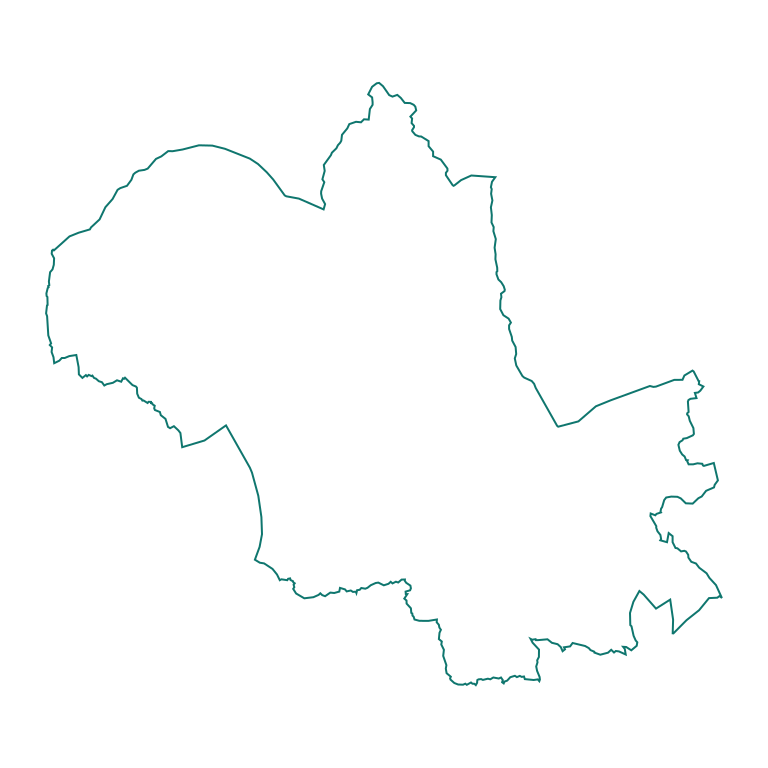 the district of Burera, Northern, Rwanda
{"feature_id": "39286606B41980105768775", "entity_name": "Burera", "entity_type": "district", "adm_level": 2, "iso_a3": "RWA", "parent_name": "Rwanda", "parent_adm1": "Northern", "projection": "albers", "projection_center": [29.857, -1.461], "detail": "fine", "context": "isolated", "style": "outline", "palette": "teal", "viewbox_px": 768, "rotation_deg": 0, "n_neighbors": 0, "source": "geoboundaries", "source_scale": "gbopen_adm2", "svg_char_len": 6069}
<svg xmlns="http://www.w3.org/2000/svg" viewBox="0 0 768 768"><path d="M615.8,651.0L618.9,651.4L625.7,654.5L624.8,649.0L623.1,646.8L626.2,647.0L631.3,650.3L636.7,645.8L637.3,642.3L635.7,640.5L633.6,635.8L631.5,626.3L630.3,625.1L630.0,613.0L633.4,601.8L639.4,591.0L643.7,594.6L656.0,608.6L670.2,599.6L673.1,619.7L672.7,633.3L673.4,633.4L686.5,620.2L699.1,610.2L709.0,598.1L717.3,597.7L719.6,596.0L721.9,598.0L716.0,585.1L709.4,577.9L706.6,573.3L699.2,567.7L696.0,563.5L691.3,561.8L688.4,557.6L688.2,554.8L686.0,551.5L684.3,550.8L681.1,551.4L677.4,548.3L675.5,548.0L672.6,542.2L672.6,536.2L668.7,533.1L667.0,542.2L660.3,540.3L661.1,539.0L660.4,535.0L657.5,531.3L656.2,527.7L656.3,526.2L650.4,516.1L650.7,513.5L655.3,515.3L656.5,513.9L661.0,512.4L660.5,511.6L661.1,508.6L662.1,507.2L664.2,500.1L666.2,497.5L671.3,496.6L677.4,496.8L680.8,498.4L685.8,503.3L692.7,503.6L698.4,498.2L701.7,496.5L706.1,490.8L714.0,487.4L714.7,484.8L717.9,480.4L713.8,463.0L703.9,465.9L702.9,465.4L702.3,463.8L697.5,463.3L693.3,464.3L688.6,464.3L687.2,461.2L687.7,460.3L686.1,460.1L684.6,456.5L682.2,454.5L679.8,450.7L678.4,444.8L679.6,442.1L682.5,440.3L683.3,438.7L686.8,438.1L692.9,435.3L693.9,433.9L693.4,428.1L689.8,420.8L688.7,416.3L687.1,414.4L687.2,413.3L688.6,412.0L687.9,401.6L688.5,400.0L690.5,398.8L696.5,398.1L694.9,392.9L698.1,392.5L700.3,390.7L703.4,386.5L698.8,384.2L699.2,381.2L698.6,381.1L693.7,371.5L692.5,370.6L684.4,375.5L682.5,379.8L674.2,379.9L656.0,386.6L653.4,386.9L649.9,386.0L610.7,400.3L595.9,406.3L578.4,421.4L558.2,426.7L557.1,425.8L535.7,387.9L534.1,383.8L531.7,381.0L524.2,377.6L522.4,376.0L516.3,365.5L514.8,358.4L516.2,354.0L515.6,347.0L512.2,340.6L511.8,336.9L509.1,329.0L509.1,325.3L510.9,322.6L508.6,318.6L503.4,315.2L500.2,309.1L500.4,300.5L501.4,297.2L501.0,293.7L504.5,291.1L504.8,289.7L503.7,286.2L501.2,282.2L498.4,279.5L496.5,274.3L496.5,272.1L497.3,271.2L497.2,267.7L495.4,259.2L495.6,254.3L494.6,247.7L495.8,239.1L493.4,231.2L493.7,227.1L491.5,222.5L491.8,215.1L490.9,207.3L492.4,200.5L491.1,193.8L491.7,189.1L490.9,187.2L492.0,181.8L495.3,177.2L471.3,175.5L461.1,180.1L454.4,185.4L453.5,185.8L452.5,185.0L445.9,175.2L445.9,172.8L447.5,170.7L447.4,168.5L440.8,159.6L433.1,156.2L433.1,151.6L428.6,146.2L428.6,141.1L421.2,136.5L419.0,136.4L415.4,134.9L412.3,131.3L412.1,130.2L414.0,127.2L414.0,125.9L411.6,123.1L412.1,118.5L410.4,116.6L416.2,110.4L415.3,106.6L413.7,104.8L410.2,103.1L404.7,102.9L400.8,97.9L397.3,94.9L392.5,96.6L389.2,95.1L383.0,86.2L379.1,82.9L376.7,83.3L372.1,86.8L368.2,94.4L372.1,97.4L372.6,102.2L372.6,104.8L369.9,109.0L368.7,119.6L364.0,119.3L361.0,122.3L356.0,121.8L349.3,124.1L347.3,128.4L342.0,134.8L341.3,140.7L340.2,142.7L337.9,145.2L336.4,148.3L331.9,152.7L330.9,155.2L323.8,165.0L324.7,170.9L322.4,179.3L324.3,182.2L321.2,191.2L321.1,193.7L322.1,198.6L325.1,204.1L323.6,209.4L298.9,198.6L286.3,196.3L284.7,195.4L273.2,179.5L266.8,172.3L258.0,164.0L249.8,158.6L225.0,148.8L212.3,145.6L199.0,145.3L182.6,149.5L172.7,151.2L168.2,151.1L161.3,156.4L156.0,158.9L147.7,168.6L144.5,169.9L138.9,170.7L135.3,172.7L133.4,174.4L131.4,179.8L127.0,185.8L120.3,188.1L117.6,189.8L112.6,199.0L105.4,207.2L99.6,219.4L91.0,227.4L89.9,229.4L78.7,232.7L69.5,236.4L53.9,250.4L53.1,249.7L52.0,250.6L51.7,253.8L54.1,258.3L53.8,264.8L52.5,269.4L50.1,272.2L48.9,281.5L49.3,285.2L48.1,286.1L48.6,287.2L47.7,288.1L46.4,293.4L46.6,296.0L47.4,297.0L47.6,305.0L47.0,305.4L46.1,313.4L47.1,316.2L48.3,335.4L51.1,343.4L49.8,345.0L52.1,347.4L51.6,352.0L53.5,357.2L54.2,363.2L59.3,360.7L61.8,358.0L64.7,358.0L69.3,356.1L76.3,355.0L78.6,367.1L78.9,374.4L82.4,377.9L85.9,375.1L87.1,376.4L88.7,374.9L91.6,376.1L92.4,375.6L94.0,377.9L96.0,378.7L98.8,381.2L101.9,382.2L104.3,385.5L106.7,384.2L112.9,382.8L117.0,380.3L121.2,381.7L123.0,378.3L124.0,378.8L125.0,377.7L132.5,385.1L135.9,386.5L136.9,387.7L137.2,393.7L138.9,397.7L141.5,399.1L142.4,400.6L143.4,400.4L147.6,403.0L148.6,401.8L151.0,401.9L151.0,403.1L152.2,403.2L152.5,404.3L154.7,405.7L154.2,408.3L154.9,410.0L159.9,412.0L160.8,415.2L165.5,418.9L168.0,426.9L170.1,428.2L173.9,426.2L178.3,430.3L180.4,433.0L182.2,447.2L204.5,440.5L226.0,425.4L249.9,467.7L252.0,472.7L258.3,495.8L261.4,517.1L262.0,534.2L259.6,546.9L254.9,559.7L259.8,562.7L264.1,563.4L272.5,568.9L277.0,574.5L279.8,580.2L281.4,579.3L287.3,580.2L288.1,578.8L290.1,578.4L290.5,580.0L293.1,581.3L293.3,582.4L294.7,583.3L293.6,584.7L294.3,587.2L293.2,588.9L296.1,593.5L304.3,598.3L313.4,597.2L318.6,594.9L320.3,593.3L322.2,595.1L325.1,596.2L330.3,592.6L334.2,593.0L339.3,591.6L340.0,587.9L345.0,589.4L346.7,591.4L350.8,590.5L352.9,591.9L355.8,591.7L356.4,593.1L357.1,590.2L359.7,589.8L361.3,588.0L365.3,588.7L367.5,587.8L370.8,585.2L375.7,583.0L378.3,582.6L383.8,585.3L388.5,583.8L390.7,581.8L392.5,583.4L395.9,581.7L398.2,582.5L401.6,579.6L404.9,579.5L404.8,580.8L406.2,582.8L410.4,585.6L410.9,588.3L410.1,590.3L405.6,591.6L405.8,594.0L407.3,594.1L404.3,598.6L406.5,600.5L406.6,603.6L410.9,608.3L411.3,612.9L412.3,613.5L412.5,615.6L413.6,616.6L414.5,619.5L419.3,620.8L428.3,620.9L436.9,619.5L436.7,622.3L438.8,624.7L439.4,627.6L440.9,629.8L439.5,632.8L438.9,639.1L441.8,641.5L441.3,644.5L443.9,649.8L443.2,655.9L446.4,665.2L445.8,668.6L446.6,673.2L450.8,676.7L450.1,678.3L450.5,679.6L454.3,683.0L458.1,684.5L463.0,684.7L465.3,683.7L466.8,684.8L471.0,682.5L472.4,683.7L474.4,683.8L475.8,685.1L477.1,682.8L477.3,680.1L478.4,679.4L481.1,679.1L482.9,679.9L487.9,678.7L490.3,679.3L493.3,677.5L498.8,678.5L501.0,677.5L502.8,680.1L502.1,682.2L503.7,683.4L504.5,681.6L507.2,680.6L510.3,677.2L514.9,675.8L516.9,677.1L519.8,675.9L521.7,676.9L524.0,676.5L524.8,679.1L533.7,680.0L537.8,679.4L539.3,681.2L539.9,679.6L539.6,677.0L537.1,670.9L536.2,666.5L537.5,662.4L537.2,660.3L538.9,657.0L539.0,649.6L532.6,642.7L530.6,638.9L532.2,639.7L535.6,639.2L535.9,640.1L538.3,640.1L547.5,639.3L551.9,642.8L557.6,644.2L560.8,647.1L562.6,651.2L565.0,649.3L564.0,647.3L570.1,646.4L572.6,643.0L585.1,646.0L588.8,648.1L590.5,650.1L594.3,651.7L594.4,652.6L600.3,654.7L608.0,652.7L611.2,649.8L614.0,652.5L615.8,651.0Z" fill="none" stroke="#0f766e" stroke-width="2"/></svg>